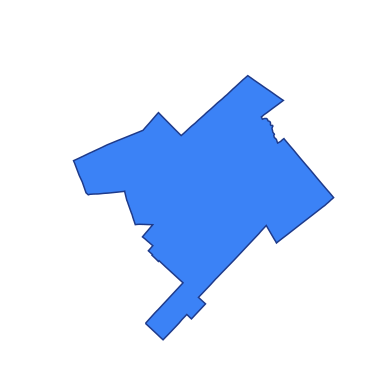 Afumati, Dolj, Romania (Mercator projection), rotated 222°
{"feature_id": "2599482B89919086684151", "entity_name": "Afumati", "entity_type": "district", "adm_level": 2, "iso_a3": "ROU", "parent_name": "Romania", "parent_adm1": "Dolj", "projection": "mercator", "projection_center": [23.444, 44.0], "detail": "fine", "context": "isolated", "style": "filled", "palette": "blue", "viewbox_px": 384, "rotation_deg": 222, "n_neighbors": 0, "source": "geoboundaries", "source_scale": "gbopen_adm2", "svg_char_len": 3270}
<svg xmlns="http://www.w3.org/2000/svg" viewBox="0 0 384 384"><g transform="rotate(222 192 192)"><path d="M228.4,315.8L229.2,309.8L229.5,306.2L230.2,298.5L230.5,296.1L231.1,287.8L231.5,284.9L231.8,281.5L232.7,275.3L233.4,267.6L233.7,265.0L234.3,260.5L234.5,257.5L235.4,249.5L235.7,245.4L236.4,240.8L236.6,239.0L237.1,233.0L237.4,229.9L237.7,227.8L237.7,227.7L237.8,226.7L238.4,226.7L246.2,227.1L259.6,227.9L269.3,228.5L270.0,228.6L270.1,227.5L270.0,222.6L269.8,214.1L269.8,211.2L269.8,209.9L269.8,208.4L269.7,205.3L269.7,205.1L270.5,203.4L280.4,183.1L281.7,180.5L284.0,175.7L286.6,170.3L290.1,161.8L294.1,152.5L298.5,141.8L299.6,139.2L301.0,136.0L300.8,135.9L298.6,134.9L286.8,128.8L280.4,126.1L270.2,120.5L269.1,120.5L268.0,120.5L267.2,120.5L266.2,122.1L263.8,124.6L260.3,127.9L256.7,131.9L253.3,135.4L246.8,142.6L242.8,147.1L242.6,147.5L242.5,147.4L234.9,142.2L234.6,142.1L233.0,141.3L231.8,140.6L227.0,138.0L222.7,135.7L221.4,135.1L220.0,134.2L219.5,133.9L218.9,133.5L218.2,133.1L217.5,132.8L217.4,132.7L217.1,132.5L216.8,132.2L216.5,132.1L216.1,132.0L215.9,131.9L214.8,131.2L212.3,129.8L212.2,129.9L211.0,131.3L209.4,132.9L208.2,133.9L206.8,135.1L205.5,136.2L203.8,137.6L202.5,138.7L201.2,139.8L200.6,140.3L199.3,141.4L199.2,140.5L199.2,138.2L199.1,135.7L199.0,132.9L199.0,131.2L198.9,128.2L198.8,125.5L195.4,125.7L192.0,125.7L190.2,125.8L188.4,125.8L185.2,125.9L185.2,125.7L185.1,121.5L185.1,119.1L179.5,119.0L179.5,118.6L179.4,118.2L178.1,118.2L174.3,118.1L170.5,117.9L170.5,118.9L161.3,118.7L137.9,118.5L137.9,117.6L138.5,81.1L138.6,80.3L138.7,77.1L138.7,70.8L138.7,66.7L138.7,64.5L138.7,64.0L138.6,63.7L138.4,63.5L138.2,63.4L138.0,63.2L137.7,63.2L125.5,63.0L117.2,62.8L114.6,62.8L114.2,74.4L113.9,85.9L114.1,90.4L113.9,97.5L107.5,97.3L107.1,117.9L116.7,118.0L116.4,128.5L116.2,135.6L116.2,141.6L116.2,143.5L116.1,144.5L116.0,146.9L115.9,150.9L115.2,169.2L115.1,173.7L114.9,184.6L114.6,197.8L114.4,205.9L114.5,208.2L114.5,209.8L114.4,216.8L112.5,216.2L100.1,212.2L98.4,211.7L97.3,211.4L95.1,210.6L94.9,211.9L94.9,212.0L94.0,217.2L92.6,224.6L91.8,229.2L89.9,240.0L86.1,261.1L84.9,268.0L84.3,270.8L84.0,273.8L83.8,275.1L83.7,276.0L83.6,277.2L83.5,278.0L83.4,279.6L83.2,280.6L83.1,281.7L83.0,282.6L84.3,282.8L90.0,283.6L91.9,283.8L95.0,284.2L103.2,285.3L109.6,286.2L113.6,286.8L120.1,287.7L126.2,288.5L135.8,289.8L139.1,290.3L145.0,291.2L146.6,291.4L150.6,291.9L159.0,293.1L159.4,293.2L159.8,291.3L160.0,288.8L161.1,285.7L161.6,285.9L161.8,286.0L162.0,286.1L162.3,286.3L162.6,286.4L162.9,286.6L163.5,287.0L164.4,287.5L165.2,287.6L166.0,287.6L166.7,287.6L167.3,287.6L168.0,288.0L168.8,288.5L169.2,288.9L169.2,289.5L169.2,289.8L169.4,290.0L169.9,290.2L171.0,290.3L171.9,290.5L172.7,291.1L172.9,291.3L174.9,292.6L175.4,293.3L176.0,295.1L176.7,295.4L177.8,294.4L178.6,294.4L178.9,294.6L179.1,295.0L179.4,295.3L179.6,295.6L180.1,296.0L180.7,296.3L181.4,296.4L182.1,296.2L182.5,296.0L183.0,295.8L183.3,295.8L183.8,296.0L184.2,296.3L184.5,296.5L185.4,296.5L185.9,296.4L186.7,295.7L187.3,295.2L187.8,294.3L188.4,293.2L189.7,293.8L190.7,294.2L190.5,295.2L190.2,297.6L189.4,301.0L188.7,304.6L188.4,306.2L187.7,309.7L186.5,315.5L185.4,321.2L187.2,320.9L193.5,320.1L198.8,319.5L206.3,318.5L221.3,316.6L228.4,315.8Z" fill="#3b82f6" stroke="#1e3a8a" stroke-width="1.5"/></g></svg>